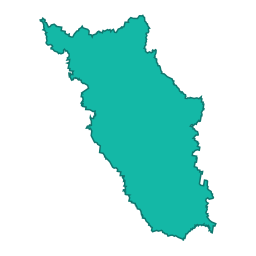 outline of Tamworth, New South Wales, Australia
{"feature_id": "25037944B76870107962046", "entity_name": "Tamworth", "entity_type": "district", "adm_level": 2, "iso_a3": "AUS", "parent_name": "Australia", "parent_adm1": "New South Wales", "projection": "albers", "projection_center": [151.073, -30.922], "detail": "fine", "context": "isolated", "style": "filled", "palette": "teal", "viewbox_px": 256, "rotation_deg": 0, "n_neighbors": 0, "source": "geoboundaries", "source_scale": "gbopen_adm2", "svg_char_len": 5729}
<svg xmlns="http://www.w3.org/2000/svg" viewBox="0 0 256 256"><path d="M99.6,152.5L103.1,153.3L104.8,156.0L104.6,156.8L105.8,157.5L105.9,159.0L107.0,158.9L109.9,161.9L112.6,167.1L114.1,168.1L116.2,167.8L117.7,169.3L117.3,171.3L120.8,171.9L120.2,175.6L124.2,175.9L124.1,176.8L122.6,177.0L122.5,177.5L123.9,179.5L123.6,181.3L124.8,180.8L124.7,184.5L123.9,186.0L126.1,186.4L125.2,187.4L125.5,189.8L123.5,189.8L123.3,190.8L124.4,190.4L124.9,191.0L124.7,191.8L125.6,192.0L125.2,194.1L125.7,194.5L129.4,195.1L128.7,195.5L129.7,197.8L128.9,201.0L132.3,201.6L131.7,201.7L131.5,202.6L135.3,203.5L135.3,204.8L136.3,205.5L136.2,206.6L136.9,206.9L137.4,208.8L139.9,209.4L141.0,211.4L141.5,214.6L142.2,214.7L142.0,215.8L142.8,216.0L142.5,218.0L145.0,218.4L146.2,221.1L149.0,223.7L148.7,225.1L150.2,225.5L150.7,226.7L152.2,227.5L151.5,230.3L152.6,231.7L156.8,230.4L158.3,231.1L161.6,230.4L162.7,231.5L162.7,232.4L164.5,233.0L164.8,233.7L167.1,234.1L168.0,236.1L170.9,235.2L172.7,235.2L174.3,236.2L175.6,235.6L178.2,237.3L183.0,239.2L183.3,240.6L183.7,238.2L184.9,238.4L186.0,233.9L187.0,233.9L189.2,231.2L189.8,231.4L190.8,230.3L190.9,229.1L192.4,229.5L192.6,228.2L194.0,228.3L195.1,227.6L194.7,226.5L195.4,226.3L195.2,225.3L196.4,225.8L196.4,225.1L197.4,224.6L198.3,225.8L198.8,225.0L201.1,224.8L201.7,225.5L203.7,224.2L203.4,225.2L204.9,225.6L204.8,224.9L205.5,226.1L206.2,225.4L206.4,225.9L207.4,225.7L207.1,226.3L207.8,226.6L208.3,225.5L209.0,226.3L208.7,227.4L209.4,227.6L209.0,228.2L209.7,228.4L209.1,230.6L209.9,230.4L211.1,231.5L211.0,232.3L212.2,232.8L213.3,225.8L214.8,226.1L215.8,223.7L211.7,222.0L209.6,220.4L207.0,216.8L208.3,215.9L207.5,215.0L207.8,213.7L206.5,213.8L205.9,212.4L207.2,209.3L206.8,208.2L207.3,207.0L206.3,206.9L206.7,206.3L206.1,205.9L208.2,203.2L206.7,202.4L205.7,200.4L206.1,199.1L207.7,197.8L209.2,199.2L213.0,198.3L213.4,197.4L212.2,195.5L212.5,194.1L211.5,193.5L211.1,191.5L208.3,189.7L207.5,188.3L208.0,186.7L207.2,185.7L207.5,181.2L206.8,180.5L204.5,180.1L203.6,185.7L200.7,185.3L199.4,183.8L201.0,173.8L202.2,174.0L202.6,171.5L199.7,171.9L199.9,170.3L197.6,169.9L197.0,167.5L194.3,166.7L195.1,162.3L196.4,162.2L197.0,158.3L196.2,158.6L196.6,156.2L192.3,155.5L192.7,152.2L193.5,152.3L195.1,150.5L197.3,149.7L199.3,150.2L199.8,147.2L197.4,146.4L198.6,143.4L197.4,142.8L197.9,142.5L197.6,141.7L194.6,140.3L194.8,138.6L193.1,138.3L195.9,135.1L198.1,135.0L198.2,134.2L197.5,131.7L195.2,130.7L194.3,128.9L193.1,128.9L193.0,127.7L192.2,126.9L190.3,126.2L191.4,124.8L192.3,124.6L193.0,125.9L195.1,123.9L196.3,124.3L196.7,122.9L198.8,120.5L199.3,121.4L200.3,121.1L201.2,115.7L201.8,115.8L202.0,114.6L201.4,112.3L202.9,109.9L203.7,109.7L203.9,108.6L203.1,108.5L203.8,104.2L202.9,104.1L203.2,102.2L201.4,101.9L201.9,98.9L200.9,98.7L201.2,96.8L198.9,98.7L196.9,97.9L194.1,98.5L190.2,97.5L189.9,98.1L187.8,97.9L187.1,98.5L185.3,98.3L185.4,96.4L185.8,96.3L185.5,94.8L183.8,94.1L182.3,92.0L181.3,92.7L181.1,91.7L179.7,91.2L178.8,88.6L177.2,87.3L176.2,85.5L173.9,84.6L174.0,83.7L173.4,83.6L173.8,81.0L172.7,80.8L172.2,79.0L167.2,76.7L164.4,74.0L161.5,73.3L161.9,72.0L160.9,70.6L160.1,66.9L159.5,65.8L158.0,65.7L157.7,63.8L156.5,62.1L156.7,60.8L156.2,59.9L156.7,59.2L154.3,57.4L155.0,56.6L154.7,55.9L155.9,53.0L156.1,50.2L155.5,49.7L154.0,51.0L152.8,50.0L152.2,51.0L152.6,52.2L151.1,52.8L149.5,51.9L147.5,53.0L145.5,51.4L145.7,49.2L144.1,48.3L144.8,47.2L144.7,46.2L145.9,44.9L145.5,42.6L146.4,41.8L146.1,40.0L146.7,39.3L145.8,37.7L146.9,35.6L146.0,33.9L146.3,33.2L148.1,32.7L148.7,31.7L148.4,29.2L148.7,28.3L149.5,28.2L147.7,25.7L147.4,23.9L146.7,23.9L145.9,22.1L144.8,21.2L144.5,17.4L143.6,17.0L142.8,15.4L141.8,15.9L139.4,15.8L137.5,18.5L133.1,18.4L130.8,17.6L128.5,19.8L128.1,21.1L128.5,22.3L125.1,22.2L124.0,26.7L122.7,26.9L122.0,27.9L121.5,27.1L120.4,28.3L118.3,29.1L116.3,32.5L114.6,32.3L113.4,29.4L111.6,30.4L110.8,31.7L110.0,29.6L108.6,30.3L107.6,29.6L104.7,31.2L103.1,30.5L102.4,32.8L100.3,32.1L100.0,32.5L98.9,31.2L97.5,31.9L97.4,32.9L96.5,33.0L96.2,33.9L92.8,35.1L92.2,36.9L91.1,34.8L88.8,34.5L89.1,31.0L87.7,29.4L83.0,27.9L82.2,26.2L81.2,27.7L78.9,29.1L78.6,30.6L76.8,31.1L74.3,34.1L72.8,37.0L71.7,37.1L69.0,36.2L69.2,34.1L67.9,34.7L66.3,34.2L65.0,33.0L65.2,31.4L61.2,30.6L61.7,27.2L56.2,26.4L56.1,25.7L54.2,24.2L51.3,25.0L50.1,26.6L48.4,27.0L46.4,22.7L45.3,22.4L44.6,21.1L45.2,20.2L44.7,19.4L43.9,19.4L42.8,18.2L42.0,19.8L40.2,19.9L40.4,20.9L42.7,22.0L43.9,25.2L43.7,27.0L44.3,28.5L43.0,29.8L44.9,30.4L45.6,32.1L46.7,32.7L45.3,33.7L46.9,36.9L46.4,37.7L47.0,40.7L46.1,42.5L46.4,43.6L48.1,45.1L50.8,44.5L52.3,45.6L52.6,46.6L51.1,47.8L51.0,48.8L52.9,49.2L54.4,51.0L57.5,52.1L58.6,53.6L59.7,53.1L60.9,53.8L63.0,53.1L63.8,51.8L63.5,50.2L64.5,49.2L65.9,51.1L66.2,50.7L67.3,51.1L68.1,53.1L69.0,53.7L69.2,55.8L68.8,57.0L67.4,57.9L67.7,58.7L67.0,60.0L69.7,59.5L69.3,62.4L67.3,63.1L69.1,63.8L68.1,68.3L69.9,68.6L69.6,70.6L73.2,71.2L72.6,71.8L72.8,74.6L70.5,74.2L70.6,73.3L68.9,73.1L69.1,75.3L70.2,75.6L69.3,76.8L70.3,77.3L71.3,79.6L72.1,79.5L72.0,80.1L73.4,79.6L73.6,78.3L75.5,77.7L75.8,78.3L76.8,78.1L78.3,79.8L79.1,78.8L79.5,79.9L81.2,80.3L81.4,82.0L83.1,83.5L84.0,83.2L87.7,85.3L88.5,88.3L81.7,92.9L82.1,93.5L81.7,93.4L81.2,96.7L82.6,97.0L83.2,99.5L82.6,100.4L83.0,101.3L81.9,101.8L81.1,103.1L83.1,103.5L82.9,104.2L81.8,104.0L81.6,104.8L81.6,105.5L82.7,105.7L82.6,106.4L86.1,107.1L85.7,109.5L90.0,109.7L93.1,111.6L95.1,111.2L94.7,113.9L95.6,114.1L95.5,115.3L94.9,115.2L94.7,116.4L93.9,116.3L93.5,118.5L90.9,118.1L90.4,116.8L90.2,118.0L91.4,121.0L91.4,125.3L90.1,125.7L90.2,125.0L89.6,125.0L89.5,125.9L87.4,126.2L86.4,128.1L88.8,128.0L89.3,129.2L90.4,128.4L91.8,131.0L91.2,135.6L94.3,141.8L94.9,142.5L95.6,142.2L97.3,143.1L97.7,144.3L100.3,145.8L99.6,152.5Z" fill="#14b8a6" stroke="#0f766e" stroke-width="1.5"/></svg>